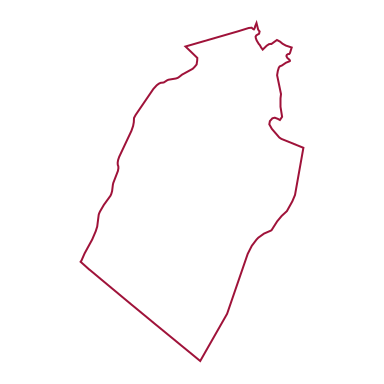 outline of An-Najaf
{"feature_id": "IRQ-3061", "entity_name": "An-Najaf", "entity_type": "Province", "adm_level": 1, "iso_a3": "IRQ", "parent_name": "Iraq", "parent_adm1": "", "projection": "orthographic", "projection_center": [43.942, 31.079], "detail": "fine", "context": "isolated", "style": "outline", "palette": "rose", "viewbox_px": 384, "rotation_deg": 0, "n_neighbors": 0, "source": "natural_earth", "source_scale": "10m", "svg_char_len": 1724}
<svg xmlns="http://www.w3.org/2000/svg" viewBox="0 0 384 384"><path d="M200.2,361.0L194.6,356.4L181.4,345.6L168.1,334.7L154.9,323.9L141.7,313.0L131.6,304.7L121.5,296.3L111.4,287.9L101.3,279.5L89.3,269.5L89.2,269.5L80.6,261.8L81.5,260.5L84.6,253.4L92.2,239.5L95.7,231.3L97.2,226.6L98.7,214.8L99.1,213.5L100.0,211.5L103.9,204.8L110.5,195.7L111.3,193.9L112.1,191.1L112.9,184.6L113.3,182.9L117.9,171.0L118.4,168.2L118.3,166.2L117.9,165.3L117.7,164.1L117.7,162.4L118.1,160.0L119.2,156.8L131.4,130.9L133.1,126.0L133.8,122.2L134.0,118.0L135.6,115.0L153.4,88.9L156.7,85.3L158.8,83.7L160.7,82.8L163.0,82.6L163.9,82.4L167.3,80.2L168.6,79.7L175.9,78.5L177.7,77.9L179.2,76.9L182.1,74.6L192.7,68.8L194.6,66.9L196.6,64.5L197.2,60.5L197.3,57.9L185.5,46.5L238.1,31.3L248.7,28.0L251.6,27.7L253.0,28.9L253.9,29.4L254.4,28.7L255.0,27.2L255.1,26.4L256.5,23.0L258.1,29.4L258.9,30.7L259.6,31.4L259.1,33.7L256.4,35.3L255.6,36.6L255.8,38.1L256.7,40.5L258.8,44.0L259.6,44.8L260.4,46.1L261.0,47.3L262.7,49.6L266.7,45.7L269.1,44.1L269.6,44.1L270.5,43.9L271.4,44.0L276.9,40.0L280.0,41.6L282.5,43.7L285.9,45.6L291.7,47.5L290.0,52.9L289.7,53.4L289.2,54.0L288.7,54.0L288.0,54.1L286.8,54.9L286.5,55.6L286.5,56.4L287.0,57.3L287.5,58.1L288.2,58.7L289.2,59.5L289.9,60.4L289.9,61.0L289.3,61.4L286.0,62.7L281.9,65.5L279.7,66.4L278.8,67.7L277.8,71.0L277.1,75.2L281.0,94.1L280.5,98.4L280.5,106.8L282.1,116.8L279.9,120.0L277.9,118.9L274.8,117.7L272.4,118.3L269.9,121.1L269.3,124.3L271.8,128.8L279.3,137.5L281.4,138.9L303.4,147.8L295.0,195.0L292.3,201.4L286.9,211.1L281.6,216.0L277.2,221.3L271.6,230.1L270.9,230.6L264.0,233.6L258.3,237.7L256.5,239.6L251.8,245.8L247.7,253.9L227.1,313.8L201.7,358.4L200.2,361.0Z" fill="none" stroke="#9f1239" stroke-width="2"/></svg>